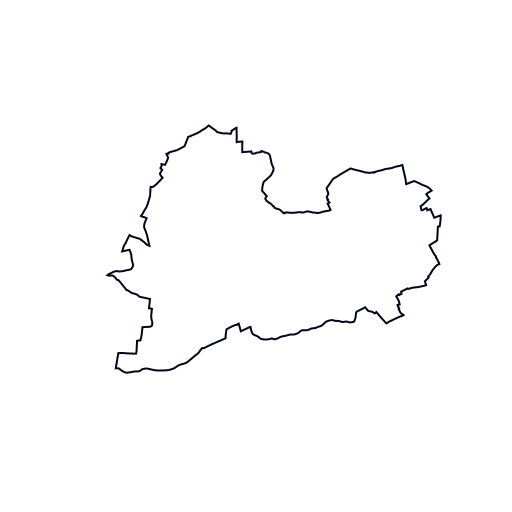 Craiesti, Mures, Romania, rotated 143°
{"feature_id": "2599482B4139853337190", "entity_name": "Craiesti", "entity_type": "district", "adm_level": 2, "iso_a3": "ROU", "parent_name": "Romania", "parent_adm1": "Mures", "projection": "equal_earth", "projection_center": [24.443, 46.747], "detail": "fine", "context": "isolated", "style": "outline", "palette": "ink", "viewbox_px": 512, "rotation_deg": 143, "n_neighbors": 0, "source": "geoboundaries", "source_scale": "gbopen_adm2", "svg_char_len": 6110}
<svg xmlns="http://www.w3.org/2000/svg" viewBox="0 0 512 512"><g transform="rotate(143 256 256)"><path d="M435.6,250.7L433.7,249.3L433.2,248.7L432.0,244.5L431.5,243.8L431.3,243.0L430.5,241.7L429.1,240.3L426.4,238.8L423.1,237.2L421.7,236.4L419.6,234.8L418.3,234.1L416.0,234.1L415.0,234.0L413.8,233.5L411.7,232.5L410.2,231.1L409.5,230.3L405.8,225.9L402.9,223.3L397.5,219.4L394.1,217.3L390.1,215.9L388.0,215.5L384.8,215.4L383.4,215.2L381.6,214.7L378.1,213.3L376.4,212.8L375.0,212.6L373.4,212.6L363.6,213.2L362.1,213.0L360.1,213.3L354.8,214.9L354.2,214.8L353.5,213.9L344.4,212.1L329.8,208.6L328.4,210.4L326.8,212.1L323.7,215.2L317.8,214.3L314.0,213.3L313.5,212.9L312.9,212.6L312.0,212.5L311.6,212.7L310.5,212.4L313.4,205.0L303.7,203.0L303.1,202.7L304.4,200.0L305.5,196.7L305.5,195.5L305.1,194.4L303.3,191.3L302.7,189.7L302.3,187.9L302.1,187.2L301.0,185.7L299.8,184.5L297.9,183.0L296.7,182.3L294.8,181.3L293.1,180.7L292.7,180.2L291.7,178.8L291.1,178.2L290.0,177.7L288.7,177.3L285.4,176.7L283.3,176.0L282.2,175.4L280.5,174.5L278.4,173.7L276.2,172.8L275.7,172.5L273.3,170.7L272.5,170.2L270.8,169.7L270.6,169.5L268.1,169.1L265.4,169.2L264.3,169.2L263.3,168.5L260.6,166.5L259.6,165.9L257.9,165.3L256.2,165.0L255.3,164.7L251.6,162.6L249.4,162.2L246.6,161.1L245.3,160.9L242.2,161.1L240.0,161.4L239.3,161.3L236.9,160.6L234.8,159.7L233.7,158.9L233.1,158.4L232.3,157.1L228.8,154.0L227.0,151.6L226.4,151.0L223.9,149.7L222.8,148.8L221.6,147.1L220.8,146.4L219.8,145.7L217.4,144.6L216.2,145.1L214.9,145.9L213.7,146.8L210.4,150.3L209.4,150.9L208.7,150.9L201.7,149.6L199.7,149.4L199.5,144.9L199.2,144.3L197.1,141.9L196.4,140.7L195.9,138.8L194.6,138.6L193.6,138.9L193.2,131.7L192.5,123.8L188.4,123.3L179.6,121.5L174.2,120.0L173.7,120.0L174.6,122.9L174.7,123.4L174.7,124.2L173.9,127.9L173.3,127.8L173.0,129.1L172.5,130.7L172.9,130.8L172.4,131.7L170.3,131.0L169.4,133.1L168.9,134.7L168.6,136.6L168.3,139.4L165.0,139.5L165.1,138.7L162.4,138.2L161.7,140.2L154.5,138.9L154.4,138.2L149.1,136.0L148.1,135.3L145.6,133.8L140.7,131.5L137.7,130.3L136.3,134.2L131.1,134.9L130.9,135.9L130.0,136.1L127.1,136.9L123.9,138.3L123.0,138.6L119.2,139.5L118.1,139.7L116.5,139.7L115.2,139.5L114.5,139.2L114.0,140.3L113.6,142.9L113.1,145.3L113.3,146.1L112.5,147.5L112.6,149.4L112.5,151.1L111.3,158.9L111.0,160.2L102.0,159.4L93.0,170.0L91.5,169.1L87.5,173.1L84.8,176.3L84.1,177.3L90.6,179.3L88.4,188.5L91.7,189.4L90.9,191.6L92.9,192.1L95.7,192.4L96.3,193.0L94.5,196.8L93.2,196.6L91.8,196.6L85.2,197.4L84.0,197.5L82.9,197.5L82.8,202.9L80.7,203.0L76.4,202.5L76.6,205.1L77.5,207.8L78.0,209.0L80.6,213.1L81.7,215.6L82.6,217.1L83.9,219.6L84.4,220.4L84.9,220.8L92.8,223.0L92.1,224.5L91.3,225.6L89.7,228.7L88.3,232.0L87.4,233.7L86.6,236.0L85.3,238.3L84.4,240.6L87.4,241.7L90.7,243.3L94.5,244.5L97.7,246.1L99.9,247.4L101.0,247.8L104.7,249.1L105.9,249.8L109.0,251.0L111.5,251.6L111.3,252.0L114.1,253.3L115.9,254.6L118.6,257.2L121.7,261.3L125.7,266.1L126.5,267.3L127.7,268.9L130.1,269.3L135.8,270.0L140.4,270.5L142.9,270.6L147.8,271.2L149.2,270.8L158.9,267.6L160.7,262.2L164.2,260.3L164.5,257.8L165.2,257.8L165.2,254.5L167.2,254.8L168.7,247.9L169.1,247.8L171.3,248.8L175.4,250.9L178.0,251.8L179.6,252.5L181.3,253.5L182.7,255.1L184.2,256.2L184.9,257.1L185.3,257.7L187.6,260.3L188.2,260.8L188.7,261.1L191.4,262.0L192.1,262.3L193.5,263.4L193.7,263.9L194.2,264.3L195.5,265.3L199.1,267.3L201.8,269.2L202.9,270.1L205.4,272.5L205.6,272.4L207.1,273.3L207.6,273.1L208.1,273.3L208.3,273.7L208.2,274.1L208.5,276.0L209.0,278.0L209.3,279.0L210.3,280.5L211.9,282.5L212.1,283.6L212.0,284.3L211.9,284.7L211.9,285.1L212.4,285.4L212.4,286.5L212.8,289.0L213.1,289.9L213.7,290.9L213.8,291.8L214.4,294.0L214.1,296.1L213.4,296.7L212.9,297.0L211.4,297.3L211.7,302.2L211.8,302.6L211.9,303.1L211.9,304.3L211.7,304.6L209.6,307.0L207.7,308.7L205.3,310.6L201.0,310.8L198.5,311.1L196.4,311.3L195.1,311.6L192.0,313.1L190.9,313.7L190.1,314.4L189.2,315.5L189.0,316.1L188.5,318.3L187.8,320.7L186.3,323.7L185.4,325.9L184.8,326.9L184.5,327.9L184.2,329.1L184.3,329.9L184.5,330.5L185.3,331.8L186.1,332.9L186.8,333.5L187.2,334.8L188.6,336.6L189.5,336.0L193.7,338.3L194.7,338.3L197.1,339.7L197.5,340.7L197.4,341.5L196.8,342.3L204.5,347.2L200.0,353.2L198.0,355.6L201.2,357.7L202.9,358.5L202.0,359.8L200.0,362.3L194.4,370.1L195.3,370.4L200.1,370.7L200.2,370.4L200.6,370.0L201.6,369.5L202.7,368.8L205.5,371.5L208.5,373.7L211.7,377.4L212.6,378.8L212.7,379.4L212.6,380.3L215.3,388.8L218.1,388.5L219.5,388.5L224.3,389.0L226.3,389.1L228.4,389.4L230.9,389.9L234.9,391.0L236.2,391.1L238.4,392.0L246.3,387.1L247.1,386.7L251.9,387.4L255.5,388.1L262.1,390.7L263.7,391.1L264.2,390.4L266.0,391.5L266.4,390.6L266.6,389.6L266.7,388.4L267.0,387.4L267.5,387.0L271.1,384.9L273.7,383.5L276.2,386.3L276.8,385.2L277.1,384.9L277.6,384.5L279.4,383.8L279.5,383.6L279.0,381.3L283.1,379.6L283.6,378.2L283.7,377.3L283.5,374.7L291.8,373.3L295.8,373.1L296.9,373.3L297.8,373.9L298.5,374.6L299.3,373.9L300.9,371.9L304.6,367.6L310.9,362.9L314.0,361.0L315.7,360.3L318.5,359.2L320.2,358.4L322.1,357.6L323.8,357.2L323.3,356.0L322.7,355.1L322.3,354.8L321.7,354.0L320.6,352.0L324.9,349.5L326.7,348.0L328.2,346.0L329.4,341.5L330.6,338.0L335.0,328.3L336.3,330.4L336.8,332.8L337.0,334.5L338.5,339.8L339.5,340.9L342.0,344.4L344.0,347.4L344.4,348.8L348.4,346.9L352.1,344.9L355.3,343.7L360.1,340.2L353.3,337.1L354.6,332.5L357.1,328.5L359.7,322.4L362.2,321.1L363.1,320.8L363.8,320.7L364.3,320.8L366.9,322.0L371.5,324.1L373.4,325.2L374.7,326.1L375.3,326.6L376.0,327.6L377.1,328.3L380.5,329.4L381.1,329.4L383.9,330.0L386.2,330.1L385.8,329.4L385.0,328.5L382.9,327.3L382.3,326.7L381.9,325.8L381.3,323.1L381.3,322.0L381.4,321.3L381.3,320.8L381.1,320.4L380.8,320.0L380.4,319.6L380.1,315.9L380.1,313.6L379.9,308.7L379.9,306.5L379.2,306.0L378.5,304.2L378.1,302.9L377.6,301.6L376.3,299.6L375.6,298.9L374.2,296.7L373.5,293.5L366.5,285.4L372.9,278.7L370.9,276.5L375.6,271.4L376.4,270.4L377.3,268.9L378.3,266.4L379.6,264.1L381.1,263.0L383.1,263.2L389.5,267.5L395.3,261.3L399.1,258.2L402.1,259.9L404.0,257.4L405.8,255.4L408.8,251.7L410.7,250.2L418.8,256.9L419.9,258.0L421.1,259.0L424.4,261.3L435.6,250.7Z" fill="none" stroke="#020617" stroke-width="2"/></g></svg>